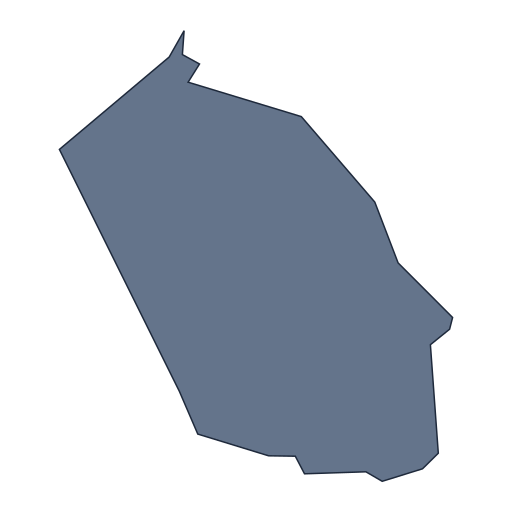 Montgomery, Kentucky, United States of America
{"feature_id": "52423323B47164962454454", "entity_name": "Montgomery", "entity_type": "district", "adm_level": 2, "iso_a3": "USA", "parent_name": "United States of America", "parent_adm1": "Kentucky", "projection": "albers", "projection_center": [-83.879, 38.046], "detail": "fine", "context": "isolated", "style": "filled", "palette": "slate", "viewbox_px": 512, "rotation_deg": 0, "n_neighbors": 0, "source": "geoboundaries", "source_scale": "gbopen_adm2", "svg_char_len": 390}
<svg xmlns="http://www.w3.org/2000/svg" viewBox="0 0 512 512"><path d="M449.6,329.2L452.6,317.5L398.1,262.9L374.8,202.1L301.3,116.6L188.1,82.2L199.5,64.0L182.4,54.6L184.1,30.7L169.2,57.0L59.4,149.4L179.4,391.4L197.8,434.1L268.6,455.8L295.3,456.2L304.5,473.8L365.9,471.8L382.2,481.3L422.5,468.8L438.3,453.2L430.4,344.7L449.6,329.2Z" fill="#64748b" stroke="#1e293b" stroke-width="1.5"/></svg>